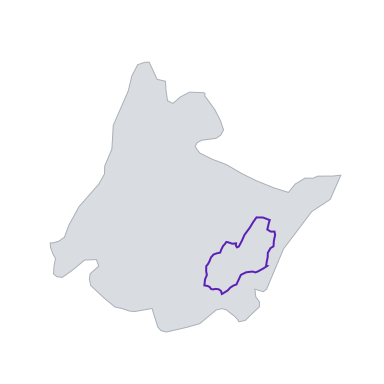 Montenegro, with Cetinje highlighted, rotated 261°
{"feature_id": "MNE-1500", "entity_name": "Cetinje", "entity_type": "Municipality", "adm_level": 1, "iso_a3": "MNE", "parent_name": "Montenegro", "parent_adm1": "", "projection": "natural_earth1", "projection_center": [18.874, 42.501], "detail": "fine", "context": "in_parent", "style": "outline", "palette": "violet", "viewbox_px": 384, "rotation_deg": 261, "n_neighbors": 0, "source": "natural_earth", "source_scale": "10m", "svg_char_len": 2048}
<svg xmlns="http://www.w3.org/2000/svg" viewBox="0 0 384 384"><g transform="rotate(261 192 192)"><path d="M163.9,44.0L163.5,46.2L164.2,52.6L167.3,58.9L178.6,65.3L195.1,78.0L214.5,101.3L223.4,108.3L231.4,109.9L247.0,119.6L257.9,122.0L270.1,124.6L301.9,144.9L316.2,150.8L326.3,158.4L327.5,165.5L327.0,170.0L308.7,175.2L305.6,183.1L296.7,182.2L286.0,182.1L282.5,187.1L287.7,195.4L291.0,205.1L288.4,218.4L287.5,220.2L284.9,219.7L269.8,227.4L258.6,231.1L248.4,232.9L243.6,229.2L241.2,224.1L241.6,209.5L239.8,204.6L236.3,202.2L229.4,205.6L221.3,216.9L213.8,230.1L202.6,243.8L193.3,256.9L183.3,273.5L176.5,287.2L183.6,295.0L188.0,305.8L186.7,313.9L188.0,318.6L185.8,332.7L185.3,341.6L163.1,327.4L154.0,307.3L121.5,273.5L84.4,250.5L82.4,246.8L84.5,242.4L86.2,238.9L78.5,238.6L73.1,241.4L68.0,240.6L62.2,232.0L56.8,224.5L56.5,218.0L59.0,217.1L62.7,214.5L70.5,207.2L72.1,203.3L71.7,197.5L60.8,179.1L59.3,167.1L57.7,144.9L60.0,139.6L64.0,137.1L83.2,134.3L82.9,117.0L84.1,111.8L87.9,104.6L90.4,98.0L101.0,88.6L115.4,77.4L121.7,77.0L127.2,78.6L133.4,88.3L140.2,87.0L141.6,75.4L132.7,60.2L128.0,50.5L129.5,45.2L132.8,42.4L140.4,44.1L147.7,46.8L152.4,45.0L159.6,43.6L163.9,44.0Z" fill="#d9dde1" stroke="#a8b0b8" stroke-width="1"/><path d="M97.8,189.6L103.6,191.2L107.7,193.7L111.5,193.6L116.6,194.5L118.1,196.3L120.8,198.4L124.4,200.5L126.9,203.5L127.6,207.1L127.6,207.4L127.7,210.3L130.8,212.1L133.9,214.3L135.5,216.4L137.3,218.1L136.7,219.8L134.6,223.7L134.4,227.5L132.3,226.9L130.3,227.8L130.8,229.7L136.1,233.7L141.4,237.1L144.5,240.2L147.7,243.5L152.6,247.6L156.8,251.7L155.7,258.1L152.1,264.4L150.2,263.4L143.2,260.5L140.6,263.5L140.0,267.3L136.7,267.4L130.9,265.2L125.6,264.0L124.3,260.8L120.1,257.4L115.6,256.5L112.3,255.2L107.7,253.7L107.2,254.7L105.2,250.2L103.2,244.6L102.7,242.0L103.9,239.5L104.1,237.2L104.2,232.8L102.5,227.3L97.1,223.7L93.7,221.4L93.2,218.6L91.7,215.0L89.2,211.9L86.9,206.5L86.6,205.5L89.6,205.2L91.7,203.2L92.6,200.3L92.5,197.4L93.4,195.5L95.3,194.7L96.7,192.8L97.8,189.6Z" fill="none" stroke="#5b21b6" stroke-width="2"/></g></svg>